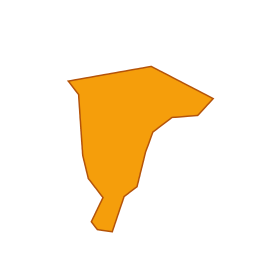 Texel, Netherlands (Mercator projection), rotated 323°
{"feature_id": "6326949B53858734726992", "entity_name": "Texel", "entity_type": "district", "adm_level": 2, "iso_a3": "NLD", "parent_name": "Netherlands", "parent_adm1": "", "projection": "mercator", "projection_center": [4.818, 53.078], "detail": "fine", "context": "isolated", "style": "filled", "palette": "amber", "viewbox_px": 256, "rotation_deg": 323, "n_neighbors": 0, "source": "geoboundaries", "source_scale": "gbopen_adm2", "svg_char_len": 3618}
<svg xmlns="http://www.w3.org/2000/svg" viewBox="0 0 256 256"><g transform="rotate(323 128 128)"><path d="M198.1,123.0L197.4,121.6L196.3,119.4L195.2,117.1L194.1,114.8L193.0,112.4L191.6,109.4L190.4,106.9L190.1,106.4L188.9,103.8L188.2,102.4L187.7,101.5L187.5,101.0L186.2,98.2L185.0,95.8L183.6,92.8L180.7,91.3L177.9,89.9L175.8,88.9L173.6,87.7L171.3,86.6L169.1,85.4L166.6,84.1L164.6,83.1L162.4,82.0L160.5,81.1L158.0,79.8L155.8,78.6L153.4,77.4L151.3,76.4L149.0,75.2L147.1,74.2L144.8,73.1L142.8,72.0L140.7,70.9L138.6,69.9L136.7,68.9L135.2,68.2L134.8,67.9L131.9,66.5L128.3,64.7L127.3,64.2L124.9,62.9L121.7,61.3L118.1,59.5L114.7,57.7L112.4,56.6L110.2,55.5L108.5,54.6L108.6,56.5L108.6,58.5L108.6,61.1L108.6,63.8L108.6,66.2L108.7,71.6L107.4,73.5L105.9,75.8L104.6,77.8L103.3,79.8L101.9,81.9L100.5,84.1L98.5,87.1L97.3,89.0L96.1,90.7L94.9,92.6L93.6,94.7L93.1,95.4L92.6,96.2L92.0,97.1L91.3,98.1L90.8,99.0L90.1,99.9L89.5,101.0L88.8,101.9L88.3,102.8L87.7,103.7L87.2,104.4L86.7,105.2L86.2,106.0L85.8,106.6L85.3,107.3L84.9,108.0L84.3,108.9L83.7,109.8L83.2,110.5L82.7,111.4L82.1,112.3L81.5,113.1L81.3,113.6L81.0,114.0L80.5,114.8L79.9,115.7L79.3,116.5L78.8,117.3L78.4,118.0L77.9,118.8L77.3,119.7L76.7,120.5L76.2,121.3L75.8,122.0L75.4,122.6L74.5,124.6L74.0,125.8L73.5,126.8L73.1,127.9L72.5,129.3L72.0,130.4L71.4,131.7L71.1,132.6L70.6,133.6L70.1,134.8L69.5,136.2L69.0,137.2L68.6,138.3L68.2,139.2L67.7,140.4L67.3,141.3L66.9,142.2L66.4,143.4L65.9,144.4L65.9,145.5L66.0,146.8L66.0,147.9L66.0,149.2L66.0,150.4L66.0,151.7L66.0,152.8L66.0,154.0L66.0,155.3L66.1,156.5L66.1,157.7L66.1,158.8L66.1,160.1L66.1,161.2L66.1,162.5L66.1,163.6L66.1,164.8L66.1,166.1L66.2,167.4L66.2,168.5L65.3,169.0L64.2,169.5L63.3,170.0L62.4,170.5L61.5,170.9L60.5,171.4L59.5,171.9L58.6,172.4L57.6,172.9L56.7,173.4L55.8,173.8L54.9,174.3L54.0,174.8L53.1,175.2L52.1,175.7L51.1,176.3L50.2,176.7L49.3,177.2L48.4,177.7L47.6,178.1L46.7,178.5L45.8,179.0L44.8,179.5L43.5,180.2L42.3,180.8L42.3,181.9L42.3,183.2L42.3,184.4L42.3,185.6L42.3,186.8L42.3,188.0L42.4,189.2L42.4,190.7L43.3,191.6L44.0,192.4L44.8,193.1L45.4,193.8L46.1,194.5L46.8,195.2L47.4,195.8L48.1,196.5L48.8,197.2L49.5,197.9L50.2,198.6L50.9,199.3L51.6,200.0L52.3,200.7L53.0,201.4L54.1,200.6L55.3,199.8L56.6,198.9L57.7,198.2L58.8,197.4L60.0,196.5L61.2,195.8L62.4,194.9L63.8,194.0L65.0,193.1L66.2,192.3L67.6,191.3L68.8,190.6L70.1,189.6L71.2,188.9L72.4,188.0L73.6,187.2L75.1,186.2L76.4,185.3L77.5,184.6L78.8,183.7L79.9,183.0L80.9,182.2L81.9,181.6L83.0,180.8L83.6,180.4L84.1,180.4L85.8,180.4L87.4,180.4L88.8,180.4L90.2,180.3L91.7,180.3L92.3,180.3L93.2,180.3L94.5,180.3L95.7,180.3L97.2,180.3L98.9,180.3L99.9,180.3L100.0,180.2L101.3,179.1L102.4,178.2L103.6,177.3L104.6,176.5L105.6,175.6L106.8,174.6L107.9,173.8L109.0,172.9L110.1,171.9L111.6,170.7L112.9,169.7L114.2,168.6L114.8,168.1L115.5,167.6L116.6,166.7L117.7,165.8L118.9,164.8L119.9,164.0L120.0,163.9L121.2,163.0L122.2,162.1L123.2,161.3L124.3,160.4L125.4,159.5L126.4,158.7L127.2,158.0L129.0,156.8L129.8,156.3L131.2,155.4L133.8,153.8L136.1,152.3L138.2,150.9L140.9,149.1L142.9,147.8L145.4,146.2L147.6,146.2L150.1,146.2L152.4,146.1L154.9,146.1L157.4,146.1L159.8,146.1L162.2,146.1L164.5,146.1L167.0,146.1L169.4,146.0L171.5,147.3L171.8,147.6L173.8,148.9L176.3,150.5L178.7,152.0L181.1,153.5L183.4,154.9L186.0,156.6L188.2,158.0L191.2,159.9L193.2,159.6L195.8,159.1L198.0,158.7L200.7,158.2L202.9,157.8L205.2,157.3L207.9,156.9L210.5,156.4L213.7,155.8L212.5,153.2L211.4,150.9L210.1,148.1L209.0,145.9L207.9,143.6L206.8,141.2L205.7,138.9L204.5,136.5L203.3,133.9L202.1,131.5L201.0,129.2L199.8,126.7L198.5,124.0L198.1,123.0Z" fill="#f59e0b" stroke="#b45309" stroke-width="1.5"/></g></svg>